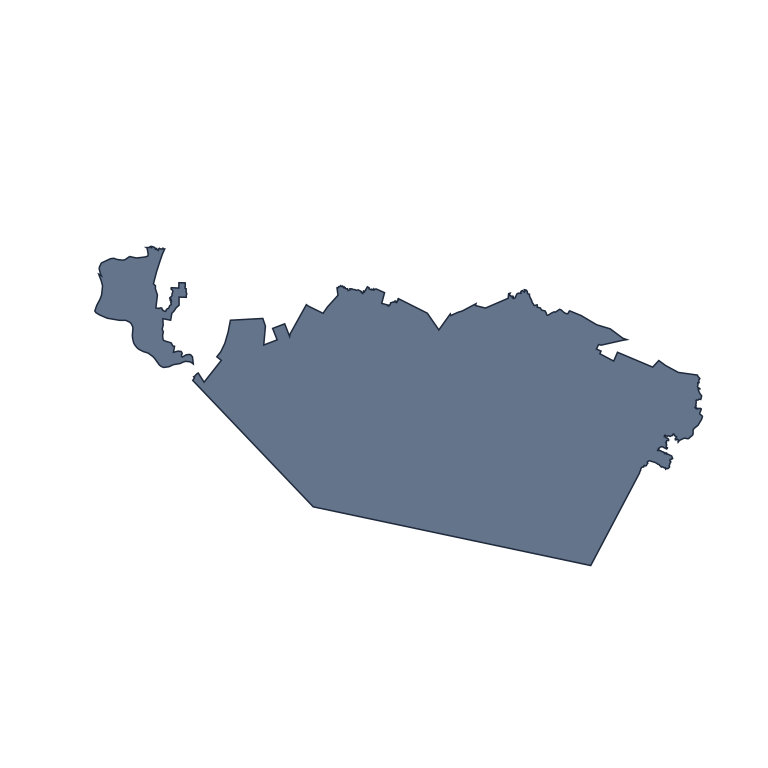 Loma Bonita, Oaxaca, Mexico (Albers equal-area conic projection), rotated 112°
{"feature_id": "50627088B96812513465333", "entity_name": "Loma Bonita", "entity_type": "district", "adm_level": 2, "iso_a3": "MEX", "parent_name": "Mexico", "parent_adm1": "Oaxaca", "projection": "albers", "projection_center": [-95.917, 17.963], "detail": "fine", "context": "isolated", "style": "filled", "palette": "slate", "viewbox_px": 768, "rotation_deg": 112, "n_neighbors": 0, "source": "geoboundaries", "source_scale": "gbopen_adm2", "svg_char_len": 6055}
<svg xmlns="http://www.w3.org/2000/svg" viewBox="0 0 768 768"><g transform="rotate(112 384 384)"><path d="M452.3,562.7L524.4,403.6L474.9,124.3L370.6,113.7L369.6,114.0L367.9,113.7L366.7,114.1L365.2,114.0L364.5,113.6L363.7,112.2L362.8,112.4L362.1,112.2L362.2,111.2L361.4,110.2L360.1,110.2L358.7,109.7L358.1,110.4L357.4,110.6L355.8,109.4L355.2,103.5L355.4,101.2L355.8,100.2L355.6,98.8L356.4,97.6L356.5,96.6L357.1,96.0L357.1,95.5L356.4,94.5L356.8,92.7L356.3,92.0L357.5,90.9L356.3,90.3L356.3,89.3L355.6,88.7L354.1,88.2L353.5,88.3L353.0,89.0L351.7,88.9L350.8,89.3L349.5,88.8L348.7,89.3L348.3,89.2L348.1,90.2L347.3,90.5L346.6,90.3L346.3,89.5L345.6,89.2L345.3,88.5L345.0,88.4L343.0,90.3L342.7,94.2L343.2,95.4L342.4,95.6L342.2,96.6L343.3,97.5L342.5,98.0L342.9,98.6L342.4,99.3L342.6,101.7L342.2,102.3L342.5,103.0L342.1,104.0L343.2,105.1L342.9,105.6L341.9,105.0L340.8,105.4L340.5,104.8L339.0,104.2L337.9,102.7L338.4,97.6L337.6,97.2L336.9,97.4L337.2,97.9L337.0,98.6L335.6,99.2L334.7,99.0L333.5,99.9L333.2,100.6L332.5,100.2L331.9,100.8L330.6,100.7L329.9,99.0L329.2,99.0L328.3,100.0L328.0,101.5L328.3,102.3L327.5,103.1L327.8,104.4L326.4,104.6L326.1,103.9L326.6,103.1L326.3,102.6L326.3,101.8L325.3,100.6L325.4,99.0L324.1,98.0L323.6,97.1L322.2,97.3L321.8,96.6L322.2,95.8L323.1,95.1L323.3,93.0L324.3,93.0L325.4,93.5L326.5,93.1L326.6,92.4L325.3,91.5L325.3,90.6L325.7,90.2L327.4,89.8L327.8,89.5L325.6,88.9L322.2,85.8L321.6,84.9L321.0,82.0L320.6,81.2L315.7,78.7L314.6,78.7L310.8,80.2L309.0,79.8L304.7,77.4L297.9,76.3L295.0,76.5L294.5,76.8L293.4,80.1L292.3,80.4L289.1,80.3L288.2,80.6L288.1,81.8L288.8,82.8L288.9,83.9L289.9,84.3L289.7,85.3L289.9,85.5L289.2,86.9L288.8,86.8L288.5,86.1L288.0,86.7L287.0,86.5L286.3,87.3L284.6,87.4L282.4,88.5L281.8,88.3L281.3,86.8L280.0,86.3L279.7,84.5L276.5,84.9L275.8,85.2L274.6,87.5L271.3,90.8L270.3,90.8L270.4,89.3L269.9,89.4L269.6,91.6L269.0,92.4L267.0,92.6L265.4,93.6L265.2,93.5L265.1,92.5L264.6,92.4L262.3,93.7L260.8,93.1L260.3,93.7L259.4,95.8L258.3,96.7L263.0,115.5L261.4,129.7L259.3,138.0L267.7,141.2L267.1,179.4L276.7,179.6L275.1,195.2L272.2,195.1L272.0,200.1L267.0,199.8L266.7,197.3L254.2,179.2L251.9,175.5L252.1,179.7L248.1,194.9L249.4,209.0L246.7,226.8L246.6,239.0L246.8,239.5L250.0,239.9L250.5,241.3L250.3,243.9L249.0,247.3L248.9,249.1L253.3,252.1L253.2,252.8L253.8,253.8L255.6,255.4L258.4,257.4L259.1,258.3L258.9,259.1L257.2,260.4L255.9,262.0L256.4,265.5L254.9,267.6L255.4,270.7L254.2,271.0L253.2,271.7L255.0,274.0L252.7,277.3L251.3,278.3L248.7,281.3L247.5,282.3L246.3,282.7L246.4,284.7L244.4,285.9L243.6,287.4L244.0,289.2L245.4,288.0L246.1,288.3L246.0,289.4L245.5,290.6L246.2,291.4L247.5,291.7L248.6,290.9L249.3,293.2L250.1,294.1L251.1,294.6L255.1,294.7L256.3,296.0L256.2,296.5L254.6,296.7L254.3,297.3L255.1,297.2L255.5,297.6L255.2,298.8L254.5,299.5L254.9,300.7L253.7,301.9L253.1,301.0L252.5,301.0L253.5,302.3L258.0,301.0L275.6,318.4L277.0,328.6L275.1,328.8L287.1,338.9L289.7,342.2L295.5,347.7L294.2,348.8L313.3,353.4L302.1,370.4L299.5,402.0L299.8,401.8L300.0,402.8L301.2,402.2L301.4,402.7L303.1,402.7L303.0,403.2L303.8,402.9L303.9,403.7L302.9,404.9L304.5,405.6L304.9,406.8L305.6,407.3L306.2,408.3L308.3,408.0L308.7,408.7L309.9,408.8L310.1,409.6L309.3,409.7L310.1,416.3L299.1,417.7L298.8,426.8L299.4,427.8L300.2,428.1L299.7,429.2L300.8,429.2L300.7,430.3L301.3,430.5L300.9,431.4L301.4,431.7L301.4,433.5L300.3,433.9L300.1,435.8L305.9,436.6L305.3,437.7L305.8,438.0L306.9,437.5L307.3,437.9L308.0,437.7L307.6,439.4L306.7,439.7L306.4,443.2L307.5,444.7L307.4,446.6L307.9,447.5L307.8,449.5L308.5,451.2L309.2,450.5L310.8,452.4L309.3,453.5L310.0,455.1L309.2,456.1L309.8,456.9L308.9,457.4L309.4,457.9L308.7,459.0L309.5,459.3L309.4,460.4L309.0,460.9L310.2,461.5L310.6,462.4L311.7,462.3L312.2,463.6L312.5,463.6L319.0,459.9L333.7,465.3L341.3,467.0L340.1,483.4L339.5,485.7L372.5,489.8L375.3,489.3L365.4,498.6L374.2,508.1L383.1,499.6L392.9,510.1L374.8,515.6L368.6,520.9L382.4,550.3L394.2,548.0L406.0,546.8L415.1,547.4L421.4,549.2L423.0,543.7L449.7,551.5L443.4,560.4L444.8,561.4L447.7,562.5L448.6,563.2L449.3,562.0L452.3,562.7ZM389.1,689.6L394.4,684.7L398.5,681.7L407.3,679.2L411.8,679.1L418.7,679.8L424.6,679.5L425.8,677.8L426.5,673.6L426.7,665.2L424.0,652.9L421.7,647.3L422.0,643.0L422.6,641.2L425.1,638.4L426.9,637.5L433.4,635.5L435.3,634.5L438.9,632.1L440.3,630.8L441.5,629.1L442.9,626.6L443.7,624.1L444.1,619.2L443.7,614.3L445.2,608.4L446.2,606.3L450.5,599.5L451.1,597.4L451.3,594.7L448.6,589.9L444.9,586.4L441.4,580.7L439.1,578.6L437.4,576.6L436.1,572.3L436.3,570.3L436.9,568.3L430.5,571.8L429.3,574.3L429.5,575.6L431.0,578.3L434.5,581.1L434.0,582.3L433.0,582.6L431.6,582.4L430.4,583.3L429.8,584.5L430.3,585.5L430.5,587.1L433.5,591.1L427.5,592.3L427.8,594.1L425.6,596.7L426.2,603.7L426.0,604.8L425.4,605.6L422.1,607.4L418.4,608.1L416.2,610.2L412.1,610.8L406.3,613.5L404.8,605.7L398.0,607.2L395.0,606.0L391.1,605.2L387.7,603.5L380.2,606.6L377.7,599.8L376.0,600.6L374.7,600.5L374.0,600.8L373.1,601.8L369.8,603.1L369.7,604.4L369.4,604.6L367.6,604.9L364.7,606.2L366.9,612.1L371.9,610.2L374.4,617.3L375.7,617.0L376.5,615.0L377.4,614.4L379.9,614.3L381.5,613.7L382.3,613.8L384.2,614.9L384.8,614.8L384.8,614.1L385.1,613.3L385.9,613.9L386.5,613.6L386.2,612.7L387.2,611.9L387.8,612.5L390.0,611.0L391.8,612.1L393.7,612.0L394.8,612.3L395.3,613.1L397.0,613.8L397.9,613.5L398.7,614.1L398.7,616.6L398.0,617.1L397.9,617.7L396.9,618.3L397.0,619.4L397.3,620.1L398.3,620.9L398.3,621.8L398.7,622.5L398.9,624.0L386.4,627.4L381.1,631.8L378.6,632.6L377.5,635.3L365.1,636.9L354.3,637.7L347.0,638.1L340.9,637.9L341.4,639.4L340.9,639.9L342.2,640.6L342.6,642.5L342.3,643.0L343.2,643.6L343.9,643.5L344.1,643.8L343.7,644.4L344.6,643.7L344.4,645.1L343.6,645.6L344.6,646.5L343.7,647.1L343.3,647.8L343.4,651.0L343.9,651.5L344.7,650.7L344.9,651.1L344.1,651.8L344.1,652.2L345.5,653.0L346.5,655.4L346.6,654.8L348.7,653.3L352.3,651.1L354.0,651.0L355.9,653.4L359.9,660.7L361.1,667.6L366.0,670.9L367.2,673.1L368.6,678.6L368.6,681.5L370.3,684.6L377.7,691.4L381.9,691.7L383.8,691.3L388.3,688.0L389.5,686.6L389.1,689.6Z" fill="#64748b" stroke="#1e293b" stroke-width="1.5"/></g></svg>